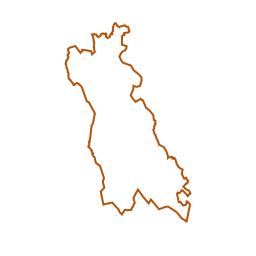 outline of Šķaunes pag., Dagdas, Latvia, rotated 76°
{"feature_id": "27541924B39109314614012", "entity_name": "Šķaunes pag.", "entity_type": "district", "adm_level": 2, "iso_a3": "LVA", "parent_name": "Latvia", "parent_adm1": "Dagdas", "projection": "equal_earth", "projection_center": [27.922, 56.167], "detail": "fine", "context": "isolated", "style": "outline", "palette": "amber", "viewbox_px": 256, "rotation_deg": 76, "n_neighbors": 0, "source": "geoboundaries", "source_scale": "gbopen_adm2", "svg_char_len": 5469}
<svg xmlns="http://www.w3.org/2000/svg" viewBox="0 0 256 256"><g transform="rotate(76 128 128)"><path d="M29.9,103.5L29.8,103.8L29.6,104.1L29.4,104.4L29.4,104.6L29.2,105.4L28.3,105.7L27.9,105.9L27.7,106.1L27.6,106.3L27.7,106.6L27.7,107.6L27.6,108.0L27.6,108.6L27.7,108.9L27.6,109.1L27.7,109.3L27.7,109.8L27.7,110.1L27.7,110.6L27.7,111.8L27.7,112.1L27.8,112.2L27.5,112.3L27.3,112.7L26.7,113.5L26.4,113.7L25.0,114.0L23.5,114.5L23.3,115.3L23.2,115.4L24.0,116.4L26.6,118.2L28.3,118.7L30.0,118.9L30.1,119.2L30.2,119.4L30.6,119.4L30.7,119.5L31.4,120.3L31.5,120.4L32.5,120.6L33.1,120.6L33.1,121.5L32.7,121.7L32.6,121.8L32.8,122.2L34.5,123.2L34.8,123.4L35.1,123.6L35.9,125.8L34.6,126.9L34.2,127.4L34.0,127.5L33.6,127.4L33.0,126.9L32.9,126.6L31.4,126.3L31.0,126.6L31.2,126.8L31.3,127.0L31.3,127.3L31.1,128.1L30.9,128.5L30.5,128.7L30.2,129.4L30.3,129.5L30.2,129.8L30.2,130.7L30.2,130.8L30.6,131.5L31.4,131.9L31.8,132.4L32.1,132.7L32.2,132.9L32.2,133.2L32.2,133.5L32.4,134.0L32.2,134.5L32.4,135.3L31.6,135.5L31.1,135.8L30.0,136.0L29.8,136.1L29.7,136.2L29.6,136.5L29.5,137.4L28.7,137.8L28.6,138.3L28.7,139.3L28.9,140.1L28.8,140.3L31.0,139.9L35.0,140.1L35.3,140.4L36.0,140.0L37.7,140.2L38.6,140.6L39.7,141.1L40.4,141.1L41.3,141.3L41.6,141.8L42.4,141.6L46.1,141.9L46.5,142.8L47.4,144.4L47.8,145.0L47.0,145.0L44.6,145.2L41.0,153.2L41.1,153.6L42.6,153.9L42.6,155.2L43.5,156.0L37.3,158.6L35.7,159.4L36.0,165.2L36.6,166.4L37.2,167.3L40.3,167.1L40.7,167.1L41.1,167.2L41.7,167.6L41.9,167.9L42.1,168.7L43.0,169.1L43.6,168.7L43.9,168.6L44.6,168.5L45.2,169.1L45.9,169.4L46.4,169.9L47.2,170.5L47.3,170.6L47.2,170.8L48.2,172.0L48.8,171.9L48.9,172.0L49.8,172.4L50.6,172.8L50.6,173.0L50.9,173.1L51.2,173.0L52.0,172.8L54.7,173.0L55.7,172.7L56.6,172.6L57.0,172.6L59.6,172.8L60.0,172.6L60.4,172.6L61.3,172.6L61.9,172.8L62.8,173.2L63.5,173.3L64.4,173.4L65.3,173.3L65.6,173.4L65.7,173.5L67.0,173.0L67.3,172.6L67.4,172.3L67.7,172.2L68.9,171.8L69.1,171.7L70.4,171.2L71.4,170.4L72.8,170.6L73.6,170.0L73.9,170.1L72.7,168.9L72.3,167.7L72.1,166.9L72.1,166.7L72.3,166.5L72.4,166.4L72.2,166.3L74.1,164.5L75.2,164.1L77.0,162.9L84.9,162.2L92.3,161.5L93.5,159.8L95.2,159.3L100.5,158.0L105.1,156.7L105.3,156.8L105.5,157.0L105.8,157.1L106.0,157.0L106.5,156.8L108.4,157.8L109.5,158.4L111.1,159.1L113.4,160.1L114.8,160.7L115.2,161.0L116.6,162.4L117.1,162.8L119.4,163.7L122.1,164.8L122.7,164.9L124.8,165.8L126.1,166.1L130.0,167.8L133.2,169.1L132.9,169.3L134.7,169.6L135.2,169.9L135.5,169.9L135.7,170.6L136.1,170.5L137.2,171.0L137.7,170.4L138.7,169.6L140.1,169.1L141.2,168.6L141.5,169.0L144.2,168.1L144.4,169.0L146.8,168.6L147.9,167.7L148.2,167.7L148.4,167.6L148.6,167.7L149.2,167.5L149.5,167.5L150.1,167.6L150.8,167.6L151.7,167.6L152.3,167.7L152.6,167.6L153.4,167.6L153.9,167.4L154.9,167.1L155.2,166.9L155.3,166.8L156.0,165.8L156.1,165.7L156.6,165.5L157.1,165.3L157.1,165.1L157.8,164.4L159.5,164.2L170.4,163.4L170.8,163.5L171.2,163.6L172.2,164.3L173.0,164.9L173.2,165.1L174.9,165.5L179.7,165.4L180.3,165.5L183.0,169.8L196.3,170.4L196.5,161.4L204.9,156.8L207.6,156.4L210.4,154.7L206.7,151.1L206.8,149.8L207.5,148.9L208.3,144.6L207.3,144.1L206.8,143.9L206.7,143.9L205.4,142.1L204.6,141.6L204.1,141.2L203.6,141.1L203.2,140.7L203.0,140.4L202.4,139.6L200.3,139.6L197.3,139.6L194.9,137.6L190.2,133.2L191.0,132.9L198.8,129.8L206.1,126.2L203.0,123.1L212.0,118.6L214.3,117.5L213.6,110.2L213.8,108.3L219.6,102.8L222.2,100.7L228.8,97.7L229.0,97.4L231.4,95.0L232.8,93.8L217.5,86.4L216.5,86.6L213.6,88.4L213.5,89.0L214.8,89.1L216.4,90.4L216.5,93.4L212.6,94.9L212.0,96.7L204.0,96.4L202.7,95.5L203.6,94.2L203.3,93.3L201.9,91.5L201.3,90.8L203.1,89.3L206.0,87.6L208.5,86.6L207.1,84.7L206.7,83.3L203.8,83.8L201.7,86.2L201.2,86.8L198.2,88.4L195.8,84.9L196.1,83.9L194.1,82.5L192.6,83.3L190.4,83.6L190.8,85.6L185.9,86.9L181.4,85.1L181.3,85.3L180.5,86.3L180.0,86.7L180.0,86.9L179.7,87.1L179.6,87.3L178.7,87.8L178.0,88.5L177.5,88.7L176.9,88.9L176.5,89.0L176.4,88.9L176.5,88.8L175.9,88.9L175.8,89.0L175.0,89.3L174.8,89.5L174.2,89.4L173.8,89.5L173.5,89.5L173.1,89.4L172.7,89.5L172.1,89.5L171.8,89.6L171.5,89.6L171.1,89.7L170.5,89.5L169.9,89.6L169.7,89.7L168.6,90.0L168.5,90.4L168.5,90.6L168.4,90.7L168.5,90.8L168.2,91.0L168.3,91.3L168.8,91.7L168.8,91.9L168.6,92.1L168.3,92.2L167.4,92.3L167.1,92.3L166.9,92.2L166.7,92.2L166.6,92.7L166.7,93.4L166.6,93.5L166.7,93.8L166.7,94.3L166.5,94.6L166.3,94.7L166.2,94.8L166.1,95.5L166.0,95.8L166.4,96.3L165.1,96.0L160.3,96.4L159.0,96.6L155.9,97.6L155.7,97.6L155.3,97.8L151.7,101.9L151.4,101.9L151.4,102.0L147.2,102.2L144.3,103.0L143.2,103.0L142.9,103.0L142.3,103.1L142.0,103.0L141.9,103.0L141.5,102.9L141.2,103.1L140.8,103.4L140.7,103.5L140.0,103.6L139.3,103.8L137.0,103.8L135.9,103.9L135.7,103.9L134.6,102.6L132.8,102.1L131.4,100.9L131.4,101.0L131.3,100.9L130.3,100.6L127.5,99.6L126.7,100.5L126.4,101.0L124.2,100.7L121.6,100.3L117.0,102.5L115.7,103.2L114.6,104.1L112.6,105.6L106.3,106.6L104.6,107.0L103.6,108.3L102.7,108.6L103.0,109.1L103.8,111.9L104.1,113.2L104.5,114.2L101.9,115.7L97.3,117.5L94.8,115.9L91.3,113.4L88.4,112.5L88.7,112.1L90.1,109.8L90.2,106.4L85.4,103.3L84.5,103.2L82.2,102.8L80.7,103.2L76.9,105.8L73.2,108.6L68.1,110.0L66.4,112.6L65.7,113.8L63.2,117.3L61.5,118.0L60.3,118.3L56.5,119.1L53.6,116.3L52.7,115.4L52.6,115.2L52.0,112.2L51.2,111.3L50.5,110.5L48.3,109.5L47.1,111.5L46.5,112.4L46.0,113.6L42.0,112.9L41.6,112.7L37.5,111.5L37.1,111.3L36.8,110.4L37.0,109.1L35.0,109.0L35.3,103.9L34.1,103.1L33.6,103.5L31.2,103.3L29.9,103.5Z" fill="none" stroke="#b45309" stroke-width="2"/></g></svg>